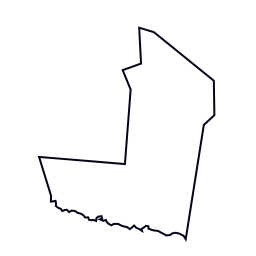 the district of Colônia do Gurguéia, Piauí, Brazil, rotated 279°
{"feature_id": "56859067B60738837049345", "entity_name": "Colônia do Gurguéia", "entity_type": "district", "adm_level": 2, "iso_a3": "BRA", "parent_name": "Brazil", "parent_adm1": "Piauí", "projection": "robinson", "projection_center": [-43.773, -8.154], "detail": "fine", "context": "isolated", "style": "outline", "palette": "ink", "viewbox_px": 256, "rotation_deg": 279, "n_neighbors": 0, "source": "geoboundaries", "source_scale": "gbopen_adm2", "svg_char_len": 950}
<svg xmlns="http://www.w3.org/2000/svg" viewBox="0 0 256 256"><g transform="rotate(279 128 128)"><path d="M154.2,211.3L188.1,205.4L226.7,138.6L228.8,123.4L221.4,124.9L216.8,125.9L193.7,130.8L184.3,113.7L166.4,124.6L91.9,130.6L85.5,44.7L48.8,62.7L43.3,63.3L43.8,65.5L44.7,67.8L42.5,68.6L39.7,69.0L38.4,71.2L37.5,74.5L35.7,76.1L37.1,78.3L37.7,80.4L35.7,83.0L37.6,85.2L37.7,88.8L36.3,91.5L36.0,94.9L34.8,97.7L32.9,99.6L33.5,102.7L31.2,103.9L31.2,106.1L31.8,108.4L31.2,111.0L34.0,110.9L35.7,112.3L36.8,115.6L34.4,116.7L33.4,114.6L32.4,118.0L33.7,120.5L31.7,121.9L30.3,123.9L29.3,126.8L31.0,128.9L31.7,133.4L30.4,137.1L30.1,140.1L30.0,142.5L28.4,145.6L30.3,147.4L32.6,149.3L30.7,151.8L30.1,154.4L28.5,158.0L30.5,157.2L32.0,159.0L34.2,161.1L34.1,163.5L31.7,164.1L30.9,168.7L31.0,173.8L27.9,182.8L28.9,186.4L30.9,188.3L32.0,191.7L31.7,195.3L30.9,197.6L30.3,199.7L27.2,202.4L142.9,202.4L154.2,211.3Z" fill="none" stroke="#020617" stroke-width="2"/></g></svg>